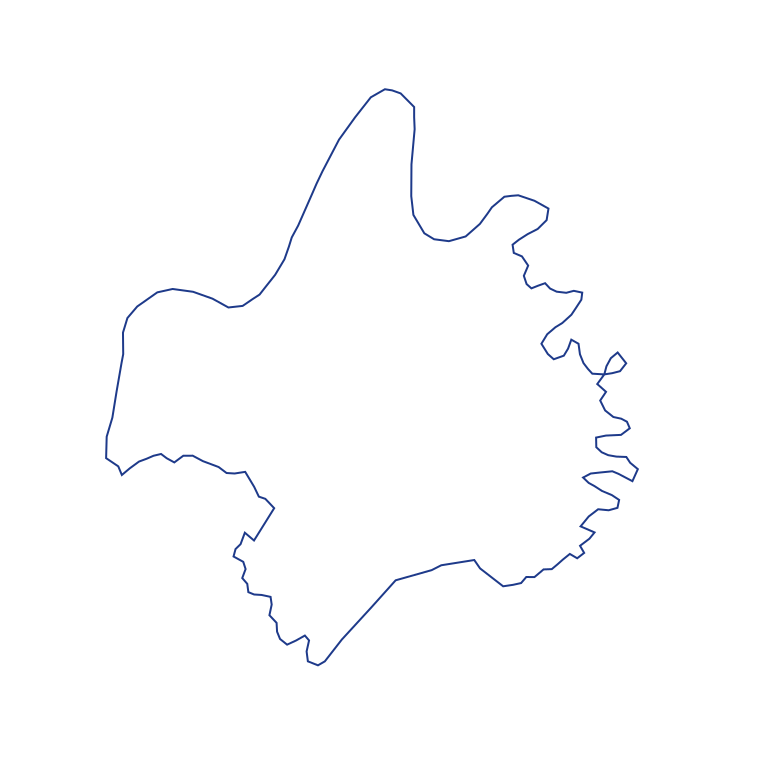 outline of Alecrim, Rio Grande do Sul, Brazil, rotated 12°
{"feature_id": "56859067B981200421316", "entity_name": "Alecrim", "entity_type": "district", "adm_level": 2, "iso_a3": "BRA", "parent_name": "Brazil", "parent_adm1": "Rio Grande do Sul", "projection": "robinson", "projection_center": [-54.76, -27.646], "detail": "fine", "context": "isolated", "style": "outline", "palette": "blue", "viewbox_px": 768, "rotation_deg": 12, "n_neighbors": 0, "source": "geoboundaries", "source_scale": "gbopen_adm2", "svg_char_len": 2539}
<svg xmlns="http://www.w3.org/2000/svg" viewBox="0 0 768 768"><g transform="rotate(12 384 384)"><path d="M597.5,328.8L585.6,330.6L580.3,326.8L574.8,322.1L569.5,314.2L565.9,304.2L558.0,301.7L556.7,311.1L554.0,318.9L544.9,324.5L538.0,320.6L529.6,311.9L533.3,301.4L539.9,292.8L545.7,287.3L552.9,277.3L555.9,269.8L559.5,260.5L558.9,253.4L550.3,253.4L543.3,256.9L533.7,257.8L526.6,256.1L520.6,251.9L514.3,255.8L508.3,259.8L502.7,256.6L498.3,249.1L500.4,238.2L492.4,230.5L483.7,228.8L480.8,221.0L486.0,214.8L493.4,207.5L502.1,200.4L509.0,189.9L508.4,178.2L493.1,173.5L476.1,171.5L469.4,173.5L462.8,175.8L457.7,182.4L452.8,188.7L449.7,196.1L444.5,207.5L433.2,222.7L417.8,230.8L402.9,232.0L392.1,228.2L377.6,212.5L371.6,194.6L365.2,163.5L361.0,128.4L358.0,116.7L355.9,106.8L339.9,96.3L330.9,95.1L323.6,95.5L311.5,106.3L300.3,129.1L289.2,154.3L279.6,188.7L276.4,202.0L274.1,213.3L267.1,246.9L263.3,259.8L262.4,269.5L260.7,282.7L254.8,299.9L248.0,313.6L243.7,322.4L237.8,328.3L229.5,337.0L215.9,341.5L198.5,336.2L178.1,333.5L157.5,335.0L143.2,341.5L126.5,359.5L119.3,372.8L118.0,388.0L122.7,409.0L122.9,418.0L124.0,447.3L125.3,473.4L123.7,493.2L127.6,514.3L141.2,519.8L146.5,527.5L152.9,519.3L160.5,510.8L167.3,506.5L173.5,502.1L180.5,498.8L186.9,501.8L195.2,504.3L202.6,495.9L211.8,493.9L222.9,497.1L239.5,499.6L248.5,503.8L256.5,502.6L266.5,498.8L278.4,511.6L285.0,520.2L291.8,521.0L302.4,528.3L289.4,564.1L278.8,558.4L277.0,570.5L273.1,576.3L272.7,584.0L283.3,587.2L287.1,593.8L285.7,603.3L291.8,607.9L294.6,615.8L300.7,616.9L308.1,615.8L317.3,615.8L320.0,623.1L320.0,634.0L328.6,640.0L330.9,648.5L335.3,655.0L343.4,659.1L351.3,653.2L358.9,646.5L364.0,650.4L363.9,661.7L367.2,671.1L377.9,672.9L383.8,667.6L395.9,642.7L418.2,604.9L436.2,573.6L469.4,556.1L477.7,549.4L508.9,537.4L516.3,544.4L542.6,557.1L552.0,553.6L559.5,550.2L563.3,543.2L571.3,541.6L578.6,532.2L586.6,530.2L591.3,524.2L595.5,518.5L601.1,511.6L609.2,514.3L614.9,507.6L609.4,501.5L617.1,492.6L620.8,485.4L605.9,482.4L611.8,471.0L619.5,462.0L630.0,460.8L638.1,456.6L638.1,448.5L630.0,445.3L619.5,443.3L611.1,440.1L604.8,438.2L598.2,434.1L604.8,428.6L613.6,425.7L625.5,421.9L631.9,423.1L647.2,427.4L650.0,414.5L641.2,409.9L636.2,405.0L626.4,406.7L618.1,407.0L611.1,405.5L604.8,401.7L602.6,392.3L611.8,388.3L626.4,384.5L633.6,376.2L629.5,370.4L623.2,368.6L615.2,368.6L605.8,363.9L598.9,355.2L602.8,345.5L592.6,339.7L597.5,328.8ZM597.5,328.8L604.9,326.0L612.2,322.4L616.6,313.4L606.0,304.6L600.5,311.6L597.9,320.4L597.5,328.8Z" fill="none" stroke="#1e3a8a" stroke-width="2"/></g></svg>